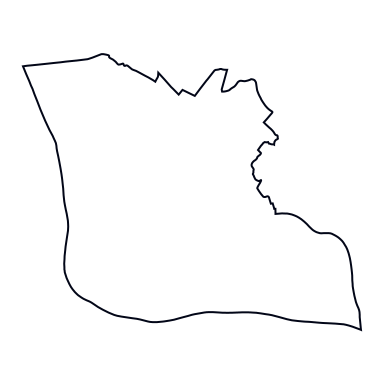 Thi xa Cao Lanh, Ðong Tháp, Vietnam (Albers equal-area conic projection)
{"feature_id": "81297802B60372874404879", "entity_name": "Thi xa Cao Lanh", "entity_type": "district", "adm_level": 2, "iso_a3": "VNM", "parent_name": "Vietnam", "parent_adm1": "Ðong Tháp", "projection": "albers", "projection_center": [105.634, 10.46], "detail": "fine", "context": "isolated", "style": "outline", "palette": "ink", "viewbox_px": 384, "rotation_deg": 0, "n_neighbors": 0, "source": "geoboundaries", "source_scale": "gbopen_adm2", "svg_char_len": 5596}
<svg xmlns="http://www.w3.org/2000/svg" viewBox="0 0 384 384"><path d="M64.4,269.5L64.6,270.4L64.8,272.4L65.8,275.5L66.6,278.0L67.9,280.9L69.5,284.3L71.0,287.0L72.6,289.3L74.8,292.0L76.5,293.7L78.1,295.2L81.4,297.5L83.5,298.8L86.6,300.3L89.5,301.5L91.5,302.6L94.9,304.9L98.0,307.0L103.0,309.8L108.6,312.6L113.9,314.8L114.1,314.9L117.2,315.8L121.5,316.6L132.2,318.2L136.8,318.8L140.2,319.5L144.9,320.7L148.0,321.5L150.0,321.9L152.4,322.1L154.9,322.1L157.2,322.1L162.6,321.6L164.3,321.4L169.4,320.6L174.1,319.7L179.1,318.3L183.2,317.2L188.2,315.9L190.2,315.3L191.9,314.8L194.6,314.2L200.4,313.2L204.3,312.5L206.9,312.2L207.1,312.2L209.8,312.1L212.4,312.1L217.3,312.4L222.1,312.7L227.5,312.8L232.8,312.7L237.9,312.5L243.1,312.3L246.6,312.3L250.0,312.4L253.0,312.6L256.7,312.8L257.1,312.9L258.7,313.1L260.9,313.4L265.9,314.2L268.9,314.6L272.0,315.2L279.3,317.1L286.9,319.2L291.9,320.3L297.8,321.0L304.3,321.6L308.4,321.8L310.0,321.9L318.9,322.7L323.0,323.0L327.5,323.2L335.2,323.6L341.1,324.1L343.6,324.3L346.0,324.8L348.7,325.5L352.6,326.7L358.5,328.9L361.0,329.9L360.8,328.3L360.4,324.0L359.7,317.1L359.7,314.8L359.5,312.0L359.1,310.1L358.4,308.1L357.3,305.7L356.5,303.6L355.9,301.9L355.3,299.4L354.4,295.8L353.7,292.2L353.0,288.2L352.7,286.2L352.6,283.8L352.3,280.4L352.2,275.4L351.9,272.1L351.6,269.4L351.1,265.5L350.6,262.1L349.9,258.2L349.3,255.8L348.6,253.2L347.3,249.5L346.2,247.1L344.7,244.7L343.5,242.7L342.2,241.0L340.5,239.3L339.0,238.0L337.7,237.0L335.6,235.7L333.7,234.7L331.7,233.7L331.3,233.6L330.3,233.3L328.4,233.1L324.3,233.1L321.2,233.3L320.4,233.2L320.0,233.2L318.9,232.9L317.6,232.5L316.4,232.1L314.5,231.1L313.1,230.2L311.9,229.2L309.2,226.6L306.9,224.1L304.2,221.6L301.4,219.3L299.0,217.7L296.7,216.4L294.6,215.5L291.9,214.5L289.2,213.9L286.9,213.5L284.6,213.5L282.0,213.4L277.1,213.8L275.5,213.9L275.5,212.8L275.4,208.8L274.2,208.8L274.1,208.1L273.8,207.1L272.7,203.4L270.9,203.7L270.1,201.2L268.9,197.2L268.4,196.6L267.9,196.4L267.5,196.3L267.0,196.4L266.3,196.6L265.7,196.9L264.8,197.0L264.1,197.0L263.3,196.7L262.7,196.0L261.1,194.1L258.8,190.8L257.9,189.3L257.3,188.4L257.3,187.9L257.5,187.3L258.5,185.4L260.1,182.8L261.0,180.9L261.1,180.3L261.0,180.1L260.9,180.1L260.7,180.2L259.7,180.8L259.2,181.1L258.8,181.1L258.2,180.9L256.8,180.3L256.0,179.8L255.5,179.4L255.1,178.8L254.3,177.2L253.6,175.4L252.9,174.3L252.9,174.0L252.9,173.8L253.2,173.2L253.4,172.5L253.4,172.1L253.4,171.6L253.4,171.2L253.4,170.9L253.5,170.5L253.7,169.7L253.6,169.2L253.4,168.6L252.9,167.9L252.0,166.6L251.7,166.0L251.6,165.3L251.6,164.7L251.8,163.9L252.3,162.8L253.2,161.7L254.2,160.8L255.0,160.3L255.9,159.6L256.9,158.5L257.1,157.9L257.2,157.4L257.4,157.0L257.7,156.7L258.3,156.1L259.9,154.9L260.7,153.9L260.9,153.4L260.9,153.2L260.8,152.8L259.6,151.7L258.0,150.0L261.0,145.7L261.6,145.1L262.4,144.2L263.1,143.2L263.7,142.7L264.1,142.5L264.6,142.1L266.3,142.3L266.9,142.3L267.3,142.2L267.9,142.1L267.9,142.3L268.3,142.7L268.9,143.2L269.0,143.6L270.0,143.8L270.8,144.1L271.5,144.3L272.0,144.3L272.8,144.4L273.3,144.4L273.7,144.5L274.1,144.7L274.1,144.1L274.3,143.0L274.5,141.8L275.2,140.7L275.7,140.1L276.4,139.6L277.1,139.3L277.6,139.0L277.9,138.7L277.8,138.4L277.7,137.6L277.7,136.5L277.6,136.3L277.5,135.7L277.1,135.3L276.4,135.2L275.9,135.0L275.4,134.7L274.8,134.0L273.8,132.3L272.9,131.1L271.8,129.9L271.5,129.6L271.1,129.2L270.7,128.8L269.5,127.8L268.4,126.8L265.7,124.3L263.8,122.4L266.6,119.3L270.7,114.5L271.6,113.5L272.3,112.5L272.4,112.1L272.3,111.8L271.9,111.4L271.2,111.0L269.9,110.1L268.7,109.2L267.4,108.0L266.4,106.9L265.2,105.5L263.6,103.2L262.6,101.7L261.3,99.6L260.7,98.2L259.5,96.0L258.5,93.9L257.5,91.3L257.2,90.5L256.9,88.8L256.3,84.6L256.0,82.7L255.7,81.9L254.8,80.5L254.5,80.2L254.0,79.9L253.4,79.6L252.1,79.3L251.2,79.2L250.8,79.3L250.2,79.7L248.8,80.2L247.6,80.6L245.4,81.1L244.8,81.2L243.5,81.1L241.2,80.8L240.4,80.8L239.9,80.9L239.0,81.3L238.5,81.6L237.8,82.2L237.1,83.2L236.4,84.2L235.5,85.4L234.3,86.6L231.7,88.2L230.2,89.3L229.9,89.7L228.6,90.5L228.2,90.6L226.9,91.0L225.7,91.3L224.5,91.5L223.4,91.6L222.1,91.6L221.9,90.5L221.7,89.4L222.1,88.0L224.3,80.1L227.1,69.8L226.7,69.8L226.1,69.8L224.2,69.7L223.4,69.6L222.4,69.4L221.3,69.0L220.5,69.0L220.1,69.0L219.3,69.3L218.6,69.5L216.8,69.8L215.7,69.9L214.8,70.3L214.4,70.6L207.4,79.5L206.5,80.5L200.1,88.8L194.8,95.9L182.5,89.9L178.7,94.6L173.0,88.8L171.2,87.1L164.7,79.7L158.3,72.7L158.1,76.0L157.7,77.3L156.3,79.7L155.3,81.7L153.1,80.2L150.7,78.8L148.5,77.5L145.2,75.8L138.4,72.1L135.9,70.8L134.7,70.4L133.1,69.8L132.0,69.3L131.0,68.5L128.6,66.5L127.6,65.7L127.0,65.5L126.7,65.4L126.4,65.4L125.8,65.5L125.1,65.9L124.7,65.9L124.1,65.6L123.8,65.1L123.6,64.3L123.3,63.8L123.2,63.7L122.9,63.6L121.9,63.9L120.3,64.4L119.0,64.6L118.5,64.6L118.1,64.4L117.6,64.0L116.7,63.0L115.7,61.8L114.0,60.4L113.0,59.6L111.5,58.8L110.1,58.1L109.3,57.4L109.1,57.0L109.1,56.6L109.1,56.0L109.0,55.7L108.7,55.4L108.0,55.1L106.4,54.7L104.4,54.3L103.0,54.1L101.8,54.1L101.0,54.3L92.5,57.6L88.6,58.9L87.5,59.2L83.5,59.7L77.0,60.5L65.9,61.6L60.5,62.3L54.6,62.9L46.3,63.8L37.8,64.7L30.8,65.4L27.4,65.7L24.4,66.1L23.0,66.3L26.2,74.1L29.3,81.2L31.0,85.6L32.5,88.8L34.4,94.1L37.4,101.6L40.5,109.7L45.2,120.8L49.5,130.0L52.7,135.9L53.7,138.2L55.0,141.0L55.7,142.7L55.9,143.2L56.4,145.8L56.6,148.2L57.1,151.2L58.1,155.7L59.3,161.7L60.6,168.8L61.5,174.3L62.0,177.9L62.3,180.4L62.6,183.3L63.2,188.6L63.6,195.2L63.9,198.0L64.3,201.7L64.9,205.1L65.8,209.7L66.7,213.7L67.9,220.7L68.1,223.9L68.2,226.6L68.0,230.7L66.9,237.8L65.6,246.5L65.2,250.6L64.6,256.0L64.5,259.1L64.2,263.7L64.4,267.2L64.4,269.5Z" fill="none" stroke="#020617" stroke-width="2"/></svg>